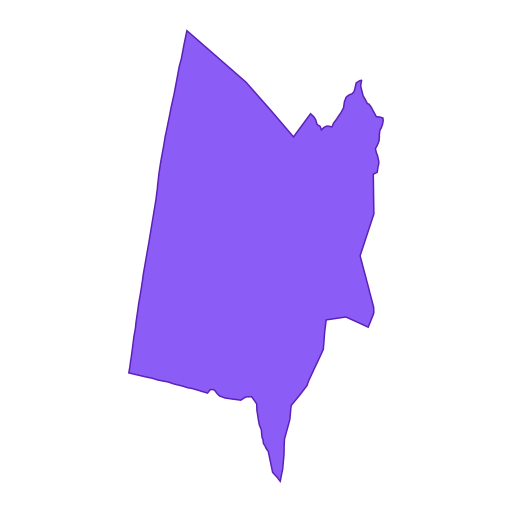 Bejucal de Ocampo, Chiapas, Mexico
{"feature_id": "50627088B40771166134628", "entity_name": "Bejucal de Ocampo", "entity_type": "district", "adm_level": 2, "iso_a3": "MEX", "parent_name": "Mexico", "parent_adm1": "Chiapas", "projection": "equal_earth", "projection_center": [-92.152, 15.488], "detail": "fine", "context": "isolated", "style": "filled", "palette": "violet", "viewbox_px": 512, "rotation_deg": 0, "n_neighbors": 0, "source": "geoboundaries", "source_scale": "gbopen_adm2", "svg_char_len": 3263}
<svg xmlns="http://www.w3.org/2000/svg" viewBox="0 0 512 512"><path d="M280.2,481.3L280.4,480.5L282.0,472.3L282.6,469.8L283.0,465.6L283.7,458.1L284.0,454.5L284.1,449.6L284.1,447.1L284.3,442.5L284.5,439.0L285.8,434.3L288.2,425.6L289.8,419.6L290.1,416.8L290.8,408.9L291.2,405.4L295.6,400.1L299.7,395.1L300.5,394.1L304.7,388.6L307.0,385.6L307.9,382.9L308.7,380.7L310.6,376.7L313.8,369.7L317.1,362.8L320.2,356.2L323.3,349.4L323.9,342.4L324.4,335.4L324.9,330.0L326.2,319.9L329.6,319.4L336.9,318.3L343.8,317.3L345.9,317.0L352.6,320.0L358.1,322.5L363.1,324.8L363.9,325.2L368.2,327.2L370.3,322.0L371.8,318.2L372.5,316.5L373.8,313.0L373.7,307.4L373.3,305.9L370.8,296.4L369.9,293.1L368.9,288.9L366.9,281.5L366.0,278.0L360.1,255.8L373.9,213.9L373.8,209.8L373.3,174.2L375.0,173.4L376.4,172.7L377.2,172.3L377.9,167.6L378.2,166.0L378.6,164.7L378.9,162.0L378.2,158.8L378.1,158.5L377.5,155.5L377.1,154.5L376.5,153.1L375.8,150.5L375.8,150.2L375.4,148.7L377.0,145.8L377.3,145.2L377.5,144.7L378.4,142.6L379.1,140.6L379.2,138.9L379.4,136.9L379.3,135.4L379.3,134.9L379.8,131.1L380.1,129.7L380.7,128.9L381.1,128.3L381.8,126.4L382.7,123.7L382.8,123.0L383.2,120.4L382.9,118.0L380.9,117.4L379.4,116.9L378.1,116.9L376.3,116.6L372.3,109.2L371.3,107.3L369.0,104.1L367.8,103.8L367.5,103.6L367.3,103.4L364.9,98.8L363.1,95.8L360.7,86.2L360.8,84.7L361.6,80.5L361.5,80.3L359.9,80.6L356.3,82.8L355.6,85.4L354.9,88.7L353.9,91.9L351.6,94.1L349.9,94.5L348.2,95.5L346.0,97.4L345.2,99.8L344.5,101.3L344.0,104.6L343.5,107.9L341.0,112.6L338.7,115.8L336.9,118.7L335.4,120.7L333.4,123.4L332.5,126.0L331.7,126.9L330.2,126.5L328.2,126.1L326.7,126.1L325.2,126.8L323.9,127.5L321.4,129.9L320.8,128.0L320.0,126.2L318.0,125.1L317.0,124.2L315.8,120.1L314.6,117.9L313.1,116.0L311.4,114.6L310.6,113.7L293.5,136.9L270.5,110.0L245.9,82.1L203.0,44.7L186.9,30.7L184.0,44.6L181.3,59.0L179.2,66.5L177.5,75.9L173.7,96.1L173.6,96.3L172.4,101.6L171.2,107.0L169.3,116.8L165.9,133.4L165.4,135.4L163.8,145.0L160.7,162.0L159.0,173.1L157.8,183.8L157.7,184.0L157.3,189.3L156.8,192.4L156.8,192.6L156.1,198.4L155.9,199.7L155.9,199.9L148.8,242.8L143.3,274.2L142.2,282.4L142.1,282.7L141.2,289.1L141.1,289.3L140.0,296.1L138.8,302.8L138.2,307.1L137.5,312.1L136.0,322.3L135.5,327.6L134.8,331.8L133.9,336.6L132.0,351.6L131.1,358.2L130.5,361.6L130.5,361.9L130.0,365.9L128.8,372.9L138.5,375.2L139.8,375.5L141.8,376.0L145.3,376.8L146.1,377.0L151.6,378.1L154.8,379.0L157.2,379.8L158.1,380.1L160.9,380.6L162.2,380.9L167.2,381.8L168.2,382.0L171.6,383.2L173.7,383.9L176.5,384.6L178.6,385.1L181.0,385.7L183.3,386.3L183.5,386.4L187.6,387.7L192.2,388.5L200.0,390.8L201.1,391.2L204.3,392.1L207.5,393.1L210.2,389.7L211.3,389.6L213.7,389.6L215.3,391.1L215.9,392.0L217.4,393.9L219.5,396.0L222.6,397.1L225.4,398.1L227.1,398.3L229.2,398.6L231.9,399.0L234.0,399.3L236.0,399.5L236.3,399.6L238.2,399.8L240.7,400.2L242.1,399.3L244.3,397.9L246.1,396.9L248.9,396.8L251.2,396.8L251.7,396.7L252.6,398.1L254.2,400.3L254.4,400.5L256.0,402.9L256.7,403.9L256.9,410.5L258.0,417.1L258.0,417.6L258.9,422.6L259.3,424.8L260.4,427.5L261.3,429.6L261.7,434.2L262.1,437.6L262.9,439.4L263.2,441.6L263.5,443.7L264.9,445.6L265.8,447.8L266.9,449.6L268.2,451.2L272.6,472.3L274.4,474.3L277.6,477.8L278.8,479.5L280.2,481.3Z" fill="#8b5cf6" stroke="#5b21b6" stroke-width="1.5"/></svg>